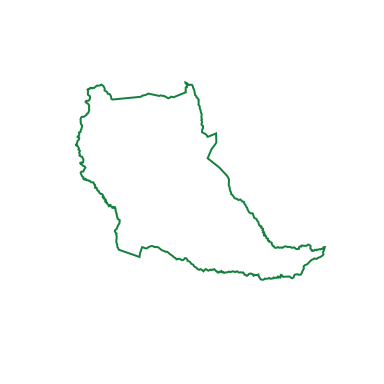 outline of Balama, Cabo Delgado, Mozambique, rotated 304°
{"feature_id": "85939544B22682737370097", "entity_name": "Balama", "entity_type": "district", "adm_level": 2, "iso_a3": "MOZ", "parent_name": "Mozambique", "parent_adm1": "Cabo Delgado", "projection": "orthographic", "projection_center": [38.406, -13.54], "detail": "fine", "context": "isolated", "style": "outline", "palette": "green", "viewbox_px": 384, "rotation_deg": 304, "n_neighbors": 0, "source": "geoboundaries", "source_scale": "gbopen_adm2", "svg_char_len": 6058}
<svg xmlns="http://www.w3.org/2000/svg" viewBox="0 0 384 384"><g transform="rotate(304 192 192)"><path d="M254.0,179.2L246.5,174.2L247.6,171.5L247.2,166.9L249.5,165.5L251.4,165.4L252.0,164.7L252.8,164.4L253.0,162.7L253.5,161.9L255.6,161.2L256.4,160.5L256.8,159.5L258.0,159.4L259.3,157.9L261.9,156.6L263.0,154.8L264.8,153.1L265.7,151.6L267.0,150.8L267.6,150.0L268.0,148.5L269.7,147.7L271.2,146.4L272.1,146.2L272.9,144.2L273.2,142.5L273.9,141.9L274.1,140.4L277.7,136.9L279.1,134.5L280.0,133.8L280.8,132.0L280.0,130.6L279.0,129.6L279.4,126.7L279.1,125.3L278.6,125.7L278.7,126.3L277.5,128.6L276.1,129.1L275.9,128.6L274.9,128.4L272.5,130.2L272.0,130.2L271.2,131.1L260.2,123.7L259.4,121.4L257.5,120.8L256.4,119.9L256.1,115.6L254.5,111.9L253.3,111.1L249.2,100.8L246.5,99.3L244.3,97.1L242.3,96.3L224.3,74.5L224.1,73.1L226.2,71.0L227.1,69.2L226.4,67.0L227.4,65.7L227.3,62.7L228.7,62.0L229.5,61.0L230.3,59.1L230.4,56.9L228.3,55.7L226.9,53.6L223.6,52.7L223.0,51.7L222.0,51.2L222.1,50.4L221.7,49.7L221.0,49.3L220.1,49.4L219.5,48.5L218.5,48.1L217.5,49.6L216.0,50.1L214.5,51.4L214.3,52.1L214.5,53.4L213.4,54.7L211.2,55.5L209.4,54.9L208.6,53.4L207.2,53.3L206.9,54.1L207.0,56.5L206.3,58.3L203.7,59.9L202.3,61.1L199.2,61.8L197.9,61.0L196.9,61.5L193.8,60.2L192.7,58.6L191.3,58.5L189.6,59.1L188.9,59.9L187.6,60.6L186.0,62.4L185.8,63.7L185.3,64.0L182.6,65.0L180.9,65.3L179.4,66.0L178.2,65.1L176.5,66.5L173.7,66.3L173.6,67.4L174.1,68.0L173.3,68.6L171.7,68.9L170.5,68.6L167.9,69.3L167.2,69.9L166.4,69.3L166.0,69.4L165.8,69.9L166.1,71.8L164.9,73.9L163.7,74.1L163.5,76.0L162.7,76.3L161.7,76.3L160.5,78.0L159.3,78.3L159.3,79.7L159.8,81.2L159.4,81.6L158.5,83.6L155.7,85.2L154.9,84.4L154.5,83.6L153.6,83.1L153.2,83.5L153.0,84.1L153.2,85.7L152.8,86.5L153.1,89.0L152.6,90.0L150.0,90.0L148.4,90.5L147.9,90.3L147.2,89.0L146.1,88.8L145.2,89.3L143.4,92.6L143.5,93.5L142.5,94.2L142.1,94.9L142.1,95.3L142.7,95.2L142.6,96.2L143.4,96.5L143.3,97.3L142.7,97.5L142.7,97.9L143.6,99.2L143.6,100.5L144.1,100.9L143.7,103.1L144.8,104.9L143.7,106.7L143.8,107.4L142.9,107.9L142.6,108.7L141.3,109.2L141.4,109.6L142.0,110.0L142.0,110.7L141.5,111.2L141.4,111.9L140.6,112.4L140.6,113.1L140.2,113.9L140.5,114.5L139.5,115.6L139.4,117.6L140.0,118.1L139.9,119.1L139.3,120.4L138.7,120.5L139.0,120.8L138.9,121.2L137.9,121.4L138.0,122.3L137.2,122.5L137.6,123.7L137.1,125.4L136.7,125.6L135.7,125.0L135.5,125.4L135.9,126.1L135.3,126.7L135.6,127.5L135.0,127.8L134.9,128.7L134.5,129.4L134.6,130.3L133.7,131.0L134.2,131.5L135.2,131.3L135.6,131.7L134.7,132.3L134.9,133.8L134.3,134.8L134.7,135.4L135.7,135.2L135.7,136.3L136.3,136.6L135.9,137.3L135.2,137.3L135.1,138.2L133.9,139.0L132.9,140.5L131.9,141.2L131.5,142.1L130.6,142.6L129.5,143.8L129.0,144.8L128.2,145.3L128.1,146.1L128.4,147.6L127.7,148.2L125.4,149.3L122.6,149.4L119.1,150.2L117.3,149.6L116.4,149.9L115.5,151.5L115.4,152.7L114.3,152.9L113.3,154.3L108.3,157.1L106.3,159.7L104.6,160.9L104.1,162.4L103.2,163.5L108.8,184.8L112.2,183.2L118.3,181.5L118.8,182.3L119.1,184.4L119.9,186.1L120.9,186.3L123.5,187.7L124.8,188.9L125.3,190.2L125.4,191.6L127.3,194.7L126.9,199.2L127.8,203.9L128.4,204.4L128.6,205.3L128.1,208.8L128.2,211.5L127.8,213.3L128.0,215.1L127.5,216.9L128.7,217.7L129.4,218.6L129.8,219.8L129.8,221.6L130.3,222.5L131.5,223.0L133.3,223.2L133.8,224.4L133.3,225.9L132.5,226.8L132.9,229.3L132.1,231.7L132.4,233.8L131.5,235.4L131.7,237.8L131.2,239.9L131.5,241.5L132.7,242.0L133.0,242.7L132.7,245.9L133.9,245.9L135.7,246.5L136.0,247.1L135.7,248.5L136.0,249.7L137.8,250.6L137.9,251.5L138.6,251.8L139.1,252.7L140.5,253.6L139.9,256.3L140.2,257.6L139.6,258.1L140.0,259.1L141.3,259.3L141.6,260.3L143.0,260.5L142.9,261.1L142.3,261.8L142.4,262.3L143.2,262.7L142.9,263.9L144.1,264.8L145.8,266.8L146.6,267.0L147.2,268.8L148.9,269.9L149.4,271.1L149.6,272.4L151.5,273.8L151.4,275.4L151.9,276.7L152.8,277.3L153.2,278.8L153.9,279.3L153.5,280.8L152.8,281.8L153.3,283.1L153.2,284.4L154.8,285.0L155.7,284.9L157.4,286.4L157.8,288.8L157.0,289.5L157.0,289.9L158.3,290.2L159.0,291.6L159.6,292.2L159.7,293.1L160.5,293.3L159.6,294.1L158.0,297.8L158.1,298.4L159.0,300.0L159.6,300.5L160.9,300.8L161.2,301.7L163.3,303.9L163.9,304.1L163.9,305.5L165.6,307.4L166.8,307.5L166.9,308.5L167.3,308.7L167.9,309.9L168.5,310.4L169.8,310.3L170.0,310.7L169.4,311.3L169.4,311.6L170.4,312.0L170.4,313.0L171.1,313.1L172.9,312.0L173.3,312.8L172.6,314.9L176.3,319.8L176.5,320.6L176.3,322.7L176.6,323.4L178.1,324.0L180.5,323.3L181.0,323.5L182.7,325.2L183.1,326.9L184.4,328.4L186.4,328.3L187.8,327.9L191.1,327.5L192.5,326.3L193.4,326.2L194.4,326.5L196.5,327.9L202.4,329.0L204.4,330.3L205.2,330.5L206.4,332.9L207.8,333.2L210.1,334.9L213.0,335.9L213.8,335.8L215.4,334.2L217.4,334.0L220.6,332.9L219.6,331.9L217.8,332.0L217.3,331.2L216.3,330.7L216.2,330.0L214.1,328.2L213.8,327.5L213.2,327.4L212.8,326.2L211.3,325.8L210.4,324.6L210.3,324.1L211.0,323.8L210.9,323.2L211.4,321.6L213.4,320.7L213.7,319.6L213.5,317.8L211.5,317.1L209.9,314.7L209.0,312.8L208.3,312.6L207.7,312.9L207.1,312.0L206.4,311.6L205.6,311.8L204.9,312.5L203.5,311.4L203.0,309.8L203.3,307.9L202.9,307.6L202.6,306.9L201.8,306.3L201.3,304.6L201.3,303.8L199.9,302.1L199.3,300.0L198.9,299.4L196.1,298.0L195.9,296.9L194.7,295.8L194.5,294.2L193.0,293.3L192.3,292.1L192.1,291.4L192.8,290.3L192.5,289.1L193.0,288.6L193.1,287.6L194.5,286.5L194.1,283.5L194.7,283.2L194.3,282.0L195.8,281.0L195.3,279.6L196.6,278.3L196.9,277.0L196.2,276.4L196.2,276.1L196.7,276.1L197.2,276.6L197.5,276.4L197.7,275.8L197.4,275.1L198.7,274.6L198.3,273.5L199.2,273.5L199.6,271.9L200.9,271.8L201.3,271.4L201.0,269.6L201.5,268.9L202.3,268.8L202.2,268.2L201.7,267.7L202.1,267.0L202.3,265.8L204.3,263.7L204.7,262.1L205.7,260.4L205.3,258.1L208.1,254.5L208.0,253.8L207.3,253.0L207.1,250.7L208.5,248.0L209.7,246.7L210.3,244.7L211.2,243.7L211.5,242.1L212.9,240.4L212.2,239.0L212.9,236.5L211.3,234.9L211.4,232.7L210.8,231.7L210.8,230.4L211.3,229.6L212.2,226.9L212.1,225.7L213.4,224.7L214.8,222.3L216.6,220.9L218.4,218.5L222.9,215.8L223.7,214.8L225.0,212.1L227.6,200.8L228.7,186.1L238.8,184.2L244.3,184.6L246.7,184.5L254.0,179.2Z" fill="none" stroke="#15803d" stroke-width="2"/></g></svg>